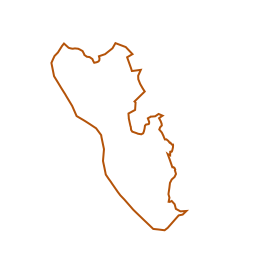 Nkanu East, Enugu, Nigeria (Albers equal-area conic projection), rotated 147°
{"feature_id": "59680162B97802053648263", "entity_name": "Nkanu East", "entity_type": "district", "adm_level": 2, "iso_a3": "NGA", "parent_name": "Nigeria", "parent_adm1": "Enugu", "projection": "albers", "projection_center": [7.631, 6.32], "detail": "fine", "context": "isolated", "style": "outline", "palette": "amber", "viewbox_px": 256, "rotation_deg": 147, "n_neighbors": 0, "source": "geoboundaries", "source_scale": "gbopen_adm2", "svg_char_len": 2152}
<svg xmlns="http://www.w3.org/2000/svg" viewBox="0 0 256 256"><g transform="rotate(147 128 128)"><path d="M102.0,97.6L103.3,98.3L102.8,101.2L102.6,101.9L102.1,105.8L102.6,109.7L100.7,111.1L98.3,111.7L97.5,113.2L96.9,115.8L96.6,119.3L93.5,119.5L92.3,119.5L94.7,123.1L98.8,123.0L100.9,124.1L101.8,124.6L102.8,125.2L103.3,125.1L105.5,125.3L106.1,125.3L106.9,121.7L107.6,120.6L108.5,120.0L111.0,121.1L112.5,120.7L114.4,118.5L116.5,116.5L118.2,115.3L120.3,115.5L122.8,117.8L123.6,119.0L126.4,122.6L126.4,124.7L125.5,126.6L125.4,126.7L125.0,127.5L124.9,128.3L122.5,134.6L122.1,135.7L121.9,135.9L119.8,139.8L119.7,139.9L112.2,139.3L107.8,145.2L108.1,146.7L94.1,149.5L94.1,153.3L93.8,158.3L92.8,163.3L91.0,166.3L85.6,169.8L93.0,173.3L93.7,173.7L93.0,176.1L90.2,187.8L84.0,187.5L85.8,197.1L92.3,206.0L97.6,203.3L107.0,202.4L113.3,204.0L114.0,201.9L115.2,200.4L116.5,199.9L118.4,200.2L120.8,201.1L120.7,203.1L120.3,205.2L121.6,208.4L123.7,210.2L124.8,213.1L124.5,214.1L124.2,217.3L125.9,220.5L126.0,220.6L126.6,221.6L129.2,223.7L130.6,224.3L131.5,224.8L133.1,226.4L134.1,227.6L135.7,233.7L138.7,232.7L143.9,230.3L145.6,229.5L150.4,228.4L153.6,226.4L156.8,224.3L161.8,211.7L162.0,203.8L162.2,197.7L162.3,190.1L162.4,188.9L162.8,176.9L164.6,166.0L161.9,160.6L161.3,159.4L160.0,156.7L157.8,151.8L154.9,145.1L154.4,137.0L154.4,136.6L155.1,135.1L159.7,123.3L166.9,114.0L167.7,112.0L169.5,107.3L172.0,101.0L171.9,96.0L171.7,92.1L171.7,90.1L171.4,80.0L171.1,75.7L170.0,69.9L168.1,56.6L167.4,53.5L164.9,42.7L161.8,29.6L157.6,26.2L153.0,22.3L149.2,22.6L133.1,27.1L129.3,25.6L124.2,26.6L129.4,29.5L130.9,32.3L131.9,34.1L130.4,38.7L131.1,43.0L133.3,43.3L134.1,44.0L131.2,47.0L130.1,50.5L125.7,55.5L122.7,59.1L121.1,60.0L120.2,60.5L119.5,61.0L115.6,61.6L114.8,62.1L112.8,63.3L112.6,63.9L111.7,67.0L111.1,67.3L110.9,68.3L110.8,68.7L110.8,69.2L111.1,69.5L111.0,69.9L111.2,70.4L112.2,70.9L112.1,71.4L111.5,73.6L110.2,78.8L108.9,84.5L108.4,83.2L108.0,83.2L107.5,82.2L105.5,85.1L104.3,84.7L104.2,84.4L103.9,84.5L103.2,85.0L101.0,87.1L99.7,88.8L99.3,89.6L100.3,90.3L100.4,92.1L100.4,92.6L101.1,92.9L101.2,95.1L102.0,97.6Z" fill="none" stroke="#b45309" stroke-width="2"/></g></svg>